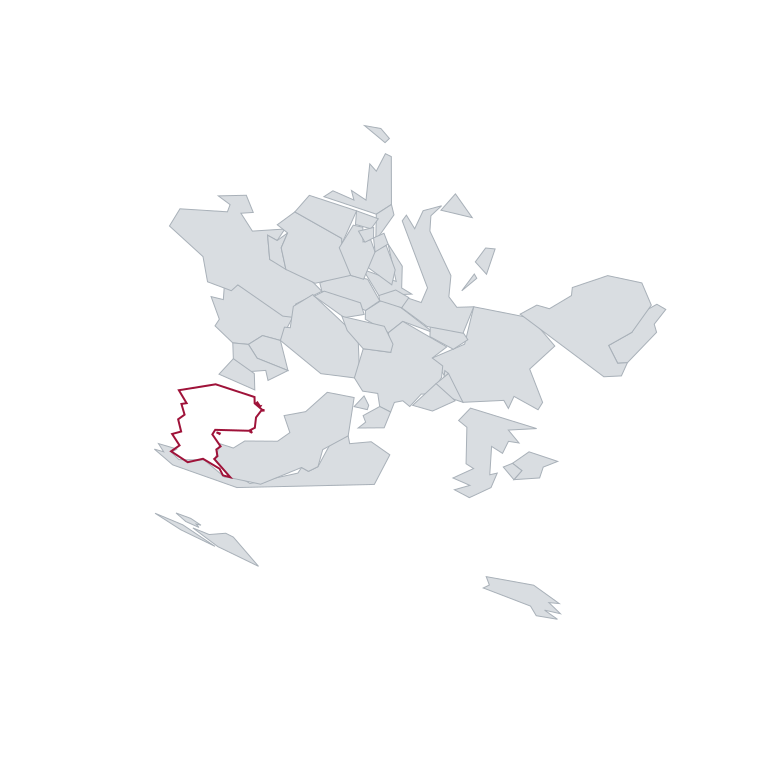 Finland highlighted on a map of Europe, rotated 208°
{"feature_id": "FIN", "entity_name": "Finland", "entity_type": "country or territory", "adm_level": 0, "iso_a3": "FIN", "parent_name": "Europe", "parent_adm1": "", "projection": "equal_earth", "projection_center": [24.864, 64.94], "detail": "coarse", "context": "in_parent", "style": "outline", "palette": "rose", "viewbox_px": 768, "rotation_deg": 208, "n_neighbors": 37, "source": "natural_earth", "source_scale": "50m", "svg_char_len": 7922}
<svg xmlns="http://www.w3.org/2000/svg" viewBox="0 0 768 768"><g transform="rotate(208 384 384)"><path d="M409.2,164.1L454.3,162.4L485.2,167.2L467.7,169.0L453.7,177.9L445.2,178.1L409.2,164.1ZM555.2,225.5L536.4,229.3L539.4,223.9L529.6,220.9L507.1,232.5L480.7,226.9L470.0,234.4L455.6,233.2L418.2,264.9L417.6,271.6L409.7,271.4L403.5,280.0L403.3,308.8L391.3,321.4L386.3,315.2L368.2,327.0L345.6,324.2L345.4,290.8L465.3,223.5L532.6,213.4L556.2,218.7L546.7,220.7L555.2,225.5ZM525.5,162.4L495.5,165.2L457.0,161.3L494.9,159.9L525.5,162.4ZM507.1,172.5L491.5,174.6L479.3,173.4L484.1,172.1L480.0,170.5L494.4,169.5L507.1,172.5Z" fill="#d9dde1" stroke="#a8b0b8" stroke-width="1"/><path d="M305.7,404.9L353.6,429.6L331.5,457.0L341.0,494.3L285.2,511.2L251.0,497.7L262.4,465.6L235.3,442.2L235.9,433.6L263.4,434.1L262.7,420.8L270.5,425.8L305.7,404.9ZM351.7,520.9L359.1,502.8L355.9,523.5L351.7,520.9Z" fill="#d9dde1" stroke="#a8b0b8" stroke-width="1"/><path d="M391.3,321.4L407.3,297.3L403.5,280.0L409.7,271.4L417.6,271.6L445.9,237.6L476.1,228.9L497.9,238.2L500.6,254.3L487.0,256.7L480.2,268.3L451.1,283.5L444.3,296.9L457.4,309.2L440.2,322.8L430.2,350.0L404.0,358.0L391.3,321.4Z" fill="#d9dde1" stroke="#a8b0b8" stroke-width="1"/><path d="M536.8,349.3L560.5,356.0L559.8,363.9L577.7,380.0L565.5,383.1L570.3,394.0L559.6,402.9L496.0,400.0L495.9,373.8L514.0,369.7L522.3,355.3L536.8,349.3Z" fill="#d9dde1" stroke="#a8b0b8" stroke-width="1"/><path d="M604.1,470.1L618.6,472.3L594.2,486.0L580.0,474.1L590.5,467.6L572.0,457.2L544.3,474.3L545.7,460.5L556.6,460.7L543.4,440.3L508.1,444.8L482.4,436.7L499.5,413.2L496.0,400.0L505.3,396.4L559.6,402.9L562.6,394.7L587.8,391.4L603.6,411.5L647.6,422.8L646.4,442.9L603.1,462.5L604.1,470.1Z" fill="#d9dde1" stroke="#a8b0b8" stroke-width="1"/><path d="M495.9,373.8L498.6,387.4L493.2,389.7L500.5,410.0L488.9,429.5L428.9,413.2L411.9,384.1L413.0,375.5L444.6,363.5L495.9,373.8Z" fill="#d9dde1" stroke="#a8b0b8" stroke-width="1"/><path d="M434.9,440.2L425.0,457.5L411.9,460.6L364.2,452.5L396.8,448.1L404.2,431.3L430.9,432.4L434.9,440.2Z" fill="#d9dde1" stroke="#a8b0b8" stroke-width="1"/><path d="M482.4,436.7L488.1,443.1L472.0,462.0L447.6,468.8L426.9,455.5L434.9,440.2L482.4,436.7Z" fill="#d9dde1" stroke="#a8b0b8" stroke-width="1"/><path d="M524.4,439.1L543.4,440.3L556.6,460.7L545.7,460.5L540.0,472.1L538.7,456.0L524.4,439.1Z" fill="#d9dde1" stroke="#a8b0b8" stroke-width="1"/><path d="M540.0,472.1L553.0,474.5L543.5,494.1L489.7,492.7L464.4,464.3L492.1,440.6L524.4,439.1L538.7,456.0L540.0,472.1Z" fill="#d9dde1" stroke="#a8b0b8" stroke-width="1"/><path d="M522.3,355.3L514.0,369.7L495.9,373.8L475.1,350.8L508.1,347.2L522.3,355.3Z" fill="#d9dde1" stroke="#a8b0b8" stroke-width="1"/><path d="M528.9,335.6L536.8,349.3L522.3,355.3L508.1,347.2L475.1,350.8L488.1,332.7L494.8,340.5L510.7,330.5L528.9,335.6Z" fill="#d9dde1" stroke="#a8b0b8" stroke-width="1"/><path d="M534.3,315.2L528.9,335.6L503.4,332.3L495.3,318.1L534.3,315.2Z" fill="#d9dde1" stroke="#a8b0b8" stroke-width="1"/><path d="M413.0,375.5L418.9,405.4L392.9,415.1L404.2,431.3L396.8,448.1L346.0,446.2L353.6,429.6L340.6,427.5L336.2,416.7L338.2,396.9L346.4,392.6L350.7,376.2L359.5,378.0L366.2,372.6L365.0,362.3L377.2,362.1L385.1,372.7L399.5,367.7L413.0,375.5Z" fill="#d9dde1" stroke="#a8b0b8" stroke-width="1"/><path d="M487.0,487.5L489.7,492.7L543.5,494.1L538.5,515.5L489.5,524.0L487.0,487.5Z" fill="#d9dde1" stroke="#a8b0b8" stroke-width="1"/><path d="M522.5,603.0L506.7,608.1L494.5,603.3L496.4,597.6L522.5,603.0ZM470.5,530.3L525.0,521.2L519.8,530.6L496.9,532.3L503.6,539.6L486.2,537.9L499.9,571.7L490.7,568.3L490.9,588.0L484.3,588.2L461.7,546.0L470.5,530.3Z" fill="#d9dde1" stroke="#a8b0b8" stroke-width="1"/><path d="M470.5,530.3L461.7,546.0L454.6,538.0L458.6,506.9L470.5,530.3Z" fill="#d9dde1" stroke="#a8b0b8" stroke-width="1"/><path d="M430.1,459.7L456.2,475.2L421.4,480.3L446.1,509.5L423.2,496.6L413.5,477.1L401.7,476.4L430.1,459.7Z" fill="#d9dde1" stroke="#a8b0b8" stroke-width="1"/><path d="M365.7,447.4L371.8,459.9L341.9,468.5L330.8,462.5L339.1,447.2L365.7,447.4Z" fill="#d9dde1" stroke="#a8b0b8" stroke-width="1"/><path d="M333.8,417.1L336.6,424.4L332.0,423.6L333.8,417.1Z" fill="#d9dde1" stroke="#a8b0b8" stroke-width="1"/><path d="M338.2,408.8L332.0,423.6L305.7,404.9L328.5,401.1L338.2,408.8Z" fill="#d9dde1" stroke="#a8b0b8" stroke-width="1"/><path d="M348.7,378.6L338.2,408.8L313.3,402.6L328.5,382.9L348.7,378.6Z" fill="#d9dde1" stroke="#a8b0b8" stroke-width="1"/><path d="M179.1,517.1L187.4,512.0L203.8,523.5L189.4,546.0L191.1,566.2L180.5,582.5L170.2,582.1L173.5,563.7L167.6,557.6L179.1,517.1Z" fill="#d9dde1" stroke="#a8b0b8" stroke-width="1"/><path d="M185.0,579.1L189.4,546.0L203.8,523.5L187.4,512.0L179.1,517.1L178.2,502.6L193.3,493.6L296.6,509.6L286.1,525.4L273.3,528.1L260.0,550.1L263.0,557.6L237.4,584.7L203.8,594.3L185.0,579.1Z" fill="#d9dde1" stroke="#a8b0b8" stroke-width="1"/><path d="M233.3,374.3L224.1,392.2L194.3,397.2L204.4,385.4L202.5,374.1L224.4,360.5L221.6,372.2L233.3,374.3Z" fill="#d9dde1" stroke="#a8b0b8" stroke-width="1"/><path d="M373.0,455.0L404.2,459.6L404.8,470.8L389.4,473.4L390.7,489.3L444.5,536.6L443.5,543.6L429.8,535.5L430.8,555.4L416.8,568.4L421.6,554.6L415.3,540.6L375.8,511.1L367.7,491.5L355.7,485.9L341.0,494.3L338.1,465.9L373.0,455.0ZM384.2,572.3L415.3,564.2L410.2,585.4L384.2,572.3ZM345.0,529.0L360.7,534.7L358.1,551.8L349.3,555.4L345.0,529.0Z" fill="#d9dde1" stroke="#a8b0b8" stroke-width="1"/><path d="M377.2,362.1L365.0,362.3L363.3,345.4L386.2,333.0L382.3,341.7L387.6,346.3L377.2,362.1ZM399.8,350.0L396.0,364.1L387.5,358.0L386.7,353.5L399.8,350.0Z" fill="#d9dde1" stroke="#a8b0b8" stroke-width="1"/><path d="M233.3,374.3L221.6,372.2L224.4,360.5L239.7,366.7L233.3,374.3ZM259.7,379.4L248.0,353.5L242.2,358.5L240.9,342.8L255.3,323.7L272.2,323.7L260.6,334.8L279.0,333.4L265.2,351.4L274.1,352.1L290.5,384.7L301.0,386.8L296.3,403.3L228.3,416.3L252.6,401.7L237.1,395.3L247.2,391.8L246.8,378.4L259.7,379.4Z" fill="#d9dde1" stroke="#a8b0b8" stroke-width="1"/><path d="M200.6,250.5L196.6,256.0L203.3,261.9L157.4,276.6L126.2,272.4L135.8,268.4L120.4,264.0L136.1,259.7L120.4,257.7L140.8,250.9L150.4,256.7L200.6,250.5Z" fill="#d9dde1" stroke="#a8b0b8" stroke-width="1"/><path d="M404.2,459.6L426.9,455.5L430.1,459.7L417.8,472.5L402.6,471.9L404.2,459.6Z" fill="#d9dde1" stroke="#a8b0b8" stroke-width="1"/><path d="M486.9,428.8L480.4,437.9L442.9,444.6L434.2,436.1L450.2,424.0L486.9,428.8Z" fill="#d9dde1" stroke="#a8b0b8" stroke-width="1"/><path d="M418.9,405.4L441.5,413.9L452.9,424.0L410.8,435.1L394.8,423.4L392.9,415.1L418.9,405.4Z" fill="#d9dde1" stroke="#a8b0b8" stroke-width="1"/><path d="M447.2,507.4L427.7,490.0L423.7,475.2L455.8,479.8L456.2,495.8L447.2,507.4Z" fill="#d9dde1" stroke="#a8b0b8" stroke-width="1"/><path d="M484.1,511.5L489.5,524.0L466.6,527.2L468.3,514.9L484.1,511.5Z" fill="#d9dde1" stroke="#a8b0b8" stroke-width="1"/><path d="M451.2,466.9L464.4,464.3L487.5,483.3L485.7,509.8L476.3,512.5L469.2,499.6L463.7,505.3L453.9,496.4L451.2,466.9Z" fill="#d9dde1" stroke="#a8b0b8" stroke-width="1"/><path d="M461.8,508.1L454.8,517.1L446.1,509.5L453.9,496.4L461.8,508.1Z" fill="#d9dde1" stroke="#a8b0b8" stroke-width="1"/><path d="M466.6,517.4L461.8,508.1L467.4,500.2L478.3,507.0L466.6,517.4Z" fill="#d9dde1" stroke="#a8b0b8" stroke-width="1"/><path d="M511.9,258.9L499.0,252.2L501.3,247.5L497.2,242.1L498.7,238.1L475.9,229.5L483.3,227.7L489.4,232.0L508.7,233.0L520.6,222.8L540.4,224.6L535.7,233.8L547.6,240.4L540.8,246.8L549.2,256.2L545.7,263.3L553.5,271.3L549.3,274.4L562.2,282.2L532.5,304.7L492.2,311.7L489.1,306.2L479.7,304.1L481.3,294.4L477.5,284.7L481.3,279.3L511.5,264.3L511.9,258.9ZM484.9,307.1L487.7,307.0L487.2,308.3L484.9,307.1ZM509.2,262.7L505.8,263.3L505.8,262.7L509.2,262.7ZM477.6,278.6L478.7,279.1L480.3,278.9L478.9,279.8L477.6,278.6ZM478.3,303.7L478.5,305.2L477.8,304.0L478.3,303.7ZM483.5,305.6L482.8,306.2L482.9,305.3L483.5,305.6Z" fill="none" stroke="#9f1239" stroke-width="2"/></g></svg>